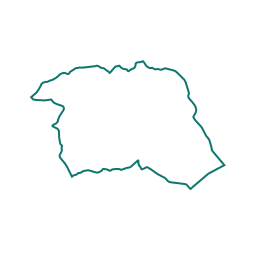 Govi-Altay, Robinson projection, rotated 325°
{"feature_id": "MNG-3319", "entity_name": "Govi-Altay", "entity_type": "Province", "adm_level": 1, "iso_a3": "MNG", "parent_name": "Mongolia", "parent_adm1": "", "projection": "robinson", "projection_center": [95.669, 45.25], "detail": "fine", "context": "isolated", "style": "outline", "palette": "teal", "viewbox_px": 256, "rotation_deg": 325, "n_neighbors": 0, "source": "natural_earth", "source_scale": "10m", "svg_char_len": 3286}
<svg xmlns="http://www.w3.org/2000/svg" viewBox="0 0 256 256"><g transform="rotate(325 128 128)"><path d="M59.5,136.6L58.8,136.5L56.6,135.7L55.9,135.6L54.2,135.7L55.8,124.9L56.0,120.8L55.4,113.4L55.6,112.2L56.2,111.4L56.9,110.8L60.0,109.2L60.7,108.7L61.2,108.0L62.2,106.2L62.6,105.7L63.3,105.3L63.7,104.8L63.7,104.1L63.4,102.4L63.6,101.8L66.2,96.2L69.4,91.3L69.8,90.4L69.9,89.3L69.8,88.2L69.3,87.2L67.6,84.2L67.4,83.6L67.3,82.9L67.7,82.6L68.3,82.6L68.9,82.7L71.7,83.0L72.5,82.9L74.1,82.4L77.0,80.0L79.5,78.7L85.0,76.5L86.2,75.8L86.9,74.9L87.1,74.3L87.2,73.0L86.2,71.3L83.8,68.2L82.3,65.8L81.8,64.6L81.5,63.3L81.5,62.4L81.6,61.5L81.4,60.8L81.0,60.3L79.2,59.5L75.4,57.5L69.8,53.1L67.8,51.4L66.7,50.2L66.6,49.5L66.5,49.0L66.4,47.2L73.0,46.5L76.4,45.4L79.9,43.8L82.5,42.3L83.3,42.2L84.2,42.2L85.6,42.5L86.8,42.9L87.4,43.2L88.3,43.9L88.6,44.0L88.9,44.1L90.8,44.3L94.0,45.3L97.5,45.6L100.6,45.5L101.1,45.4L102.1,45.1L102.3,45.0L103.2,45.1L104.0,45.1L106.3,45.7L107.1,46.0L107.6,46.5L108.2,47.2L108.6,47.8L109.0,48.5L109.3,48.9L109.6,49.2L110.1,49.5L111.0,49.6L112.2,49.0L112.9,48.8L119.8,49.1L120.9,49.9L121.8,50.2L122.7,50.5L123.0,50.6L124.7,52.0L126.5,53.1L136.3,58.4L137.0,58.7L137.4,58.8L138.3,59.2L138.9,59.8L139.3,60.3L139.9,62.0L140.5,63.2L142.1,64.9L142.7,65.8L143.3,68.1L143.9,69.5L144.3,70.3L144.5,72.3L145.4,72.3L152.5,70.5L153.4,70.6L154.3,71.1L156.7,72.1L156.9,74.2L157.2,75.1L157.7,76.2L158.4,77.3L160.4,79.1L160.6,79.6L160.5,80.8L160.7,81.3L160.8,81.6L162.2,81.8L165.1,81.8L165.3,81.9L165.7,82.0L166.4,82.4L166.6,82.4L167.0,82.4L167.7,82.4L168.1,82.3L169.0,81.8L170.5,80.7L170.7,80.4L171.0,79.8L171.2,79.7L171.4,79.6L171.9,79.5L173.0,79.5L174.3,80.2L176.3,81.3L178.5,81.8L178.8,84.1L178.6,86.8L178.7,87.7L178.9,88.5L179.1,89.2L179.8,90.8L180.0,91.2L180.4,91.6L181.7,92.2L182.2,92.5L182.7,93.2L183.3,94.7L183.8,95.4L186.2,96.8L186.9,97.5L188.0,98.8L188.6,99.2L189.2,99.5L190.5,99.9L191.4,100.0L192.1,100.2L192.6,100.4L193.6,101.4L198.9,107.7L199.6,109.2L200.1,111.2L201.8,120.7L201.7,122.0L201.4,123.8L198.4,133.2L197.6,134.8L197.2,135.1L196.1,135.9L195.7,136.3L195.3,137.0L195.1,137.7L195.0,138.9L195.1,140.1L195.6,144.5L195.6,148.1L195.5,149.1L195.0,150.6L194.6,151.7L194.0,152.6L193.6,153.1L193.0,153.6L191.7,154.5L188.2,156.2L187.8,156.7L187.6,157.4L187.6,160.4L188.7,169.2L188.7,170.2L187.5,179.6L187.8,182.7L187.8,183.8L187.6,184.8L185.5,191.2L184.2,193.8L184.0,194.7L184.0,195.8L185.6,213.7L176.5,212.6L167.4,211.5L157.4,212.5L147.5,213.4L144.8,213.8L144.5,213.7L144.2,213.7L144.0,213.1L143.6,208.8L143.5,208.0L143.1,207.3L142.4,206.5L131.8,196.9L130.8,195.8L130.3,194.5L130.0,193.1L129.9,191.5L129.7,190.3L125.8,182.7L122.9,174.6L121.5,171.5L120.8,170.8L119.8,170.6L118.4,170.5L115.7,169.9L115.5,169.5L115.5,168.7L115.8,166.7L115.6,165.0L115.6,164.7L115.7,164.3L116.1,163.7L116.3,162.7L116.6,162.2L117.5,161.2L117.7,160.5L117.2,160.3L107.8,161.4L106.6,161.2L104.2,160.0L99.1,158.6L98.5,158.4L98.1,157.9L97.8,157.3L97.4,156.8L95.5,155.2L92.0,153.2L91.1,152.9L89.4,152.9L88.6,152.6L88.2,152.0L87.5,150.6L87.0,149.9L84.7,147.7L84.4,147.5L83.9,147.3L83.5,147.3L82.2,147.8L81.0,147.8L78.7,147.5L77.4,147.1L76.0,145.7L71.6,140.2L70.9,139.6L66.5,137.6L63.6,137.5L63.0,137.3L62.0,136.7L61.4,136.4L60.8,136.4L59.5,136.6Z" fill="none" stroke="#0f766e" stroke-width="2"/></g></svg>